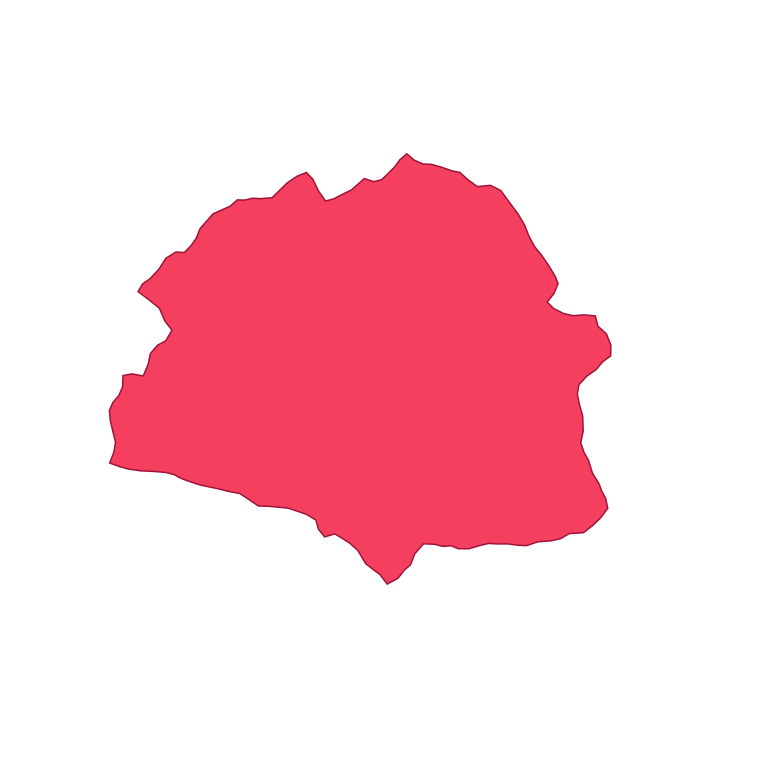 Pedralva, Minas Gerais, Brazil, rotated 216°
{"feature_id": "56859067B80700931197230", "entity_name": "Pedralva", "entity_type": "district", "adm_level": 2, "iso_a3": "BRA", "parent_name": "Brazil", "parent_adm1": "Minas Gerais", "projection": "mercator", "projection_center": [-45.453, -22.248], "detail": "fine", "context": "isolated", "style": "filled", "palette": "rose", "viewbox_px": 768, "rotation_deg": 216, "n_neighbors": 0, "source": "geoboundaries", "source_scale": "gbopen_adm2", "svg_char_len": 2055}
<svg xmlns="http://www.w3.org/2000/svg" viewBox="0 0 768 768"><g transform="rotate(216 384 384)"><path d="M263.8,224.0L258.5,235.1L258.1,245.4L256.3,253.4L259.3,264.7L258.1,277.9L248.9,284.1L240.7,287.3L234.6,292.6L227.1,294.4L218.5,300.6L211.9,309.2L205.6,316.5L198.2,321.3L189.8,327.4L180.5,332.5L173.7,337.0L166.8,346.7L156.8,355.2L150.2,362.7L146.2,371.8L135.2,381.0L132.0,392.3L130.1,402.9L129.9,414.9L137.3,421.7L144.7,425.2L151.5,429.7L163.1,434.5L173.7,442.5L181.9,446.2L190.3,452.1L195.3,463.2L204.3,474.7L214.3,482.7L221.7,489.5L225.9,498.0L224.6,509.2L220.9,520.3L220.1,530.6L217.2,540.0L223.3,548.8L233.6,555.3L244.9,556.5L253.1,563.3L263.0,557.4L270.8,550.7L279.9,546.6L291.0,544.8L300.1,546.2L299.7,557.4L302.2,567.6L308.9,571.8L320.5,576.7L332.7,581.0L342.7,583.6L353.5,588.7L363.8,595.3L375.4,600.3L384.9,603.3L393.9,606.1L403.1,609.2L414.7,607.3L424.5,598.6L436.6,598.6L446.9,599.8L454.6,596.3L465.0,593.2L474.9,589.5L481.6,585.0L491.1,582.9L500.9,583.6L503.0,574.4L503.0,565.9L504.3,557.4L505.9,548.1L511.2,541.7L520.7,538.6L524.4,522.0L529.7,511.9L533.4,504.3L538.9,497.7L550.5,501.7L562.1,507.9L571.1,509.5L576.4,501.2L580.6,489.5L584.0,469.0L593.0,461.3L599.6,457.0L604.6,451.1L610.9,446.7L613.0,437.3L617.5,429.7L622.3,421.2L623.3,411.4L624.1,401.5L621.5,391.2L621.5,381.8L622.8,373.0L629.9,368.5L634.4,357.5L633.6,344.5L635.2,331.6L638.1,323.1L637.3,314.2L625.2,314.0L610.4,313.3L598.0,306.0L587.2,302.9L585.9,290.9L590.1,282.0L590.9,271.3L586.4,261.4L583.5,249.0L593.8,244.1L600.1,237.4L593.8,228.0L591.7,218.6L592.5,209.7L590.6,201.2L584.0,193.6L574.8,185.7L566.9,179.0L562.4,169.9L559.5,158.8L548.9,161.9L540.5,165.1L529.7,170.8L517.8,178.6L508.3,184.3L500.6,187.3L493.0,188.3L484.5,190.6L473.7,194.1L464.6,198.1L456.8,201.7L447.3,205.4L436.4,210.6L425.8,211.1L413.9,211.5L405.2,217.4L396.3,222.6L389.4,226.8L380.2,229.9L369.9,233.0L359.1,233.9L351.7,228.0L342.2,225.4L335.6,233.9L326.1,234.6L317.9,235.1L307.1,233.9L293.5,228.0L284.1,227.5L275.3,227.5L263.8,224.0Z" fill="#f43f5e" stroke="#9f1239" stroke-width="1.5"/></g></svg>